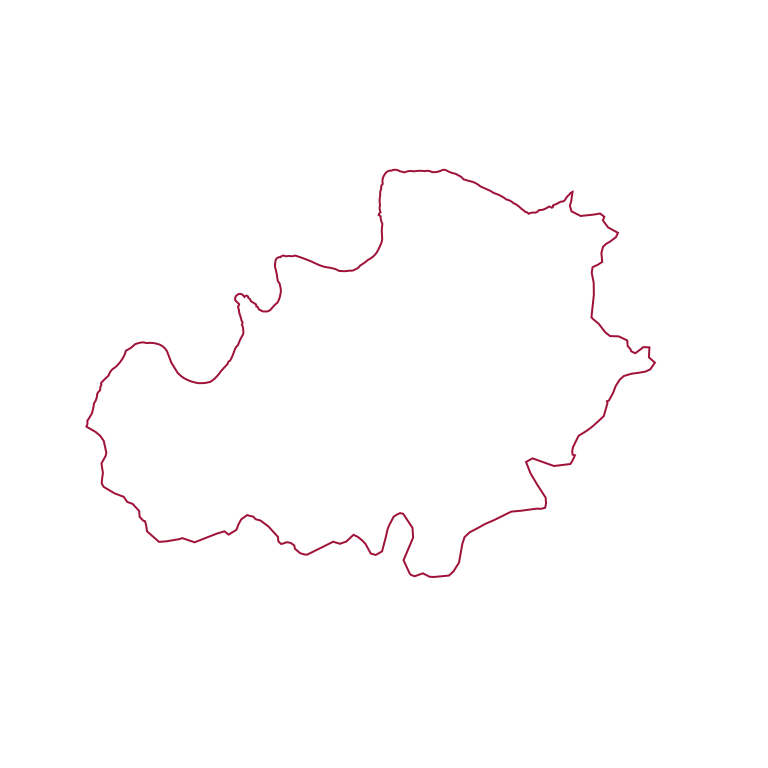 outline of Aga, Ad Daqahliyah, Egypt, rotated 47°
{"feature_id": "37247803B31879405836913", "entity_name": "Aga", "entity_type": "district", "adm_level": 2, "iso_a3": "EGY", "parent_name": "Egypt", "parent_adm1": "Ad Daqahliyah", "projection": "orthographic", "projection_center": [31.261, 30.895], "detail": "fine", "context": "isolated", "style": "outline", "palette": "rose", "viewbox_px": 768, "rotation_deg": 47, "n_neighbors": 0, "source": "geoboundaries", "source_scale": "gbopen_adm2", "svg_char_len": 6165}
<svg xmlns="http://www.w3.org/2000/svg" viewBox="0 0 768 768"><g transform="rotate(47 384 384)"><path d="M566.4,293.0L564.3,294.2L561.7,292.4L559.1,288.9L554.7,277.3L554.7,276.4L556.5,267.5L557.3,259.5L557.4,245.2L550.4,233.6L548.6,232.7L549.5,230.9L546.9,222.9L543.4,215.7L541.6,208.6L541.7,203.2L545.2,196.1L549.6,189.9L553.1,184.6L554.9,179.3L553.1,171.3L545.2,172.1L538.2,164.9L533.8,169.3L533.8,171.1L532.9,179.1L531.2,180.0L528.5,180.9L526.8,180.0L522.4,179.9L518.0,176.4L509.2,179.9L503.1,186.0L496.9,186.9L486.4,185.9L479.4,186.8L476.7,186.8L461.9,169.7L453.1,161.7L444.3,156.2L440.8,151.8L442.6,146.4L443.5,141.1L436.5,135.7L433.0,130.3L433.0,125.9L433.9,122.3L434.8,114.3L433.0,109.8L422.5,113.3L413.7,112.4L411.9,108.8L406.7,109.7L403.2,115.0L395.2,125.6L385.6,129.1L380.3,126.4L377.7,121.9L377.3,121.6L372.1,115.1L371.7,116.4L371.6,117.4L371.7,118.5L371.9,119.5L371.8,121.9L372.1,123.6L372.8,125.9L372.9,127.3L372.5,128.6L371.6,129.8L371.0,131.1L370.6,132.6L370.2,134.4L369.3,136.7L368.7,138.7L369.3,139.0L369.6,139.4L369.7,140.1L369.7,140.6L369.3,141.2L368.0,141.5L366.8,142.3L366.1,145.6L365.0,148.8L362.5,152.2L362.7,154.0L362.5,155.0L362.1,155.9L361.7,156.7L360.5,157.8L359.4,159.1L358.7,160.5L358.2,162.1L357.1,162.1L356.3,162.3L355.3,162.7L354.6,163.3L352.1,163.5L349.5,164.0L346.6,164.2L343.4,164.7L339.9,166.0L338.2,166.2L336.2,166.7L334.2,167.6L332.4,168.7L329.2,169.3L326.0,170.3L322.9,171.5L319.3,173.4L314.5,174.8L305.3,178.7L301.8,179.3L298.8,180.3L296.5,181.4L292.4,184.0L288.4,186.3L286.5,186.2L284.8,186.4L283.1,186.9L281.5,187.7L280.6,187.7L279.9,187.9L274.9,190.9L272.2,192.1L269.7,192.9L268.5,193.7L267.4,195.1L266.7,197.3L265.7,199.4L264.8,200.9L263.7,202.4L262.0,204.2L259.9,205.1L258.2,206.3L257.1,207.5L256.1,209.1L254.2,210.7L252.2,212.7L250.4,214.9L248.9,217.1L246.9,218.7L245.2,220.7L244.1,222.5L243.1,224.8L240.9,226.1L239.1,227.4L237.9,227.7L236.6,228.4L235.3,229.3L234.6,230.1L233.7,231.4L233.1,233.0L232.0,234.1L231.3,235.4L230.8,237.0L230.8,238.4L230.9,239.4L231.7,242.4L232.3,243.7L233.0,244.9L233.9,246.1L234.9,247.1L236.8,248.5L237.0,250.2L237.7,251.5L238.6,252.4L239.4,252.9L240.1,254.5L241.0,255.8L242.1,257.0L243.2,257.8L244.4,259.4L246.1,261.4L248.6,263.6L250.7,265.1L251.8,266.7L253.0,267.8L254.4,268.7L256.0,269.4L256.0,270.3L256.1,271.2L256.7,272.6L259.1,272.1L260.3,273.2L262.0,274.4L263.9,275.3L265.7,275.9L268.1,278.7L270.8,281.5L276.7,286.4L277.9,287.9L278.7,289.1L280.5,293.0L282.0,296.9L283.0,300.2L283.3,302.4L283.4,304.4L283.2,307.0L282.9,308.9L282.3,311.1L282.2,313.6L281.9,316.3L281.1,320.7L281.4,322.9L281.4,324.1L281.1,325.3L280.6,326.7L280.2,328.4L279.4,330.0L278.7,330.8L277.8,331.6L276.2,333.9L274.6,335.9L272.8,337.7L270.7,339.7L267.4,340.9L264.9,342.3L262.6,343.9L258.2,347.3L254.8,349.3L251.9,350.7L244.6,353.7L239.9,355.9L234.1,358.8L229.3,361.5L228.8,362.8L228.2,363.7L227.2,364.8L225.8,365.8L223.6,368.8L222.3,369.3L221.2,370.4L220.9,371.0L220.6,371.8L220.7,373.2L219.9,373.9L219.5,374.7L219.1,375.7L219.0,376.6L219.1,377.7L219.6,378.9L221.2,381.0L223.3,383.2L224.2,383.9L230.1,387.2L235.5,391.0L236.8,391.6L238.2,391.6L239.7,392.0L241.0,392.9L243.4,394.2L245.1,395.5L247.0,397.5L249.4,401.0L250.6,403.2L251.5,405.5L251.8,406.3L251.7,410.2L251.9,412.9L252.3,416.2L252.2,417.6L251.7,419.0L251.1,420.2L248.5,422.9L247.3,423.6L246.5,423.8L245.6,423.9L244.9,424.4L244.2,424.6L243.4,424.5L242.4,424.0L241.8,423.9L240.9,424.1L240.3,424.5L238.6,423.3L232.6,424.9L231.7,424.4L230.9,424.2L229.7,424.2L228.4,424.5L227.9,424.1L227.4,423.8L226.3,423.9L225.6,424.3L225.1,425.1L225.0,425.8L225.2,426.6L222.0,426.6L221.0,427.0L219.8,427.9L219.2,428.9L218.9,429.7L218.7,431.1L218.7,432.0L218.9,432.9L219.5,434.0L220.0,434.7L221.0,435.4L221.4,435.7L226.8,435.5L227.5,436.6L227.9,438.1L230.7,439.5L233.3,441.4L236.7,442.9L240.6,445.0L241.4,445.1L242.3,445.4L243.2,446.2L243.5,446.8L243.7,447.5L245.7,448.2L247.1,449.0L248.8,450.4L250.2,451.4L251.3,452.8L251.6,453.3L252.7,456.8L253.8,459.7L255.9,464.2L256.1,466.7L256.7,468.9L259.8,475.0L261.0,477.9L262.0,480.7L261.7,481.4L261.6,482.4L262.0,483.5L262.6,484.4L263.4,494.6L264.0,497.2L264.4,500.4L264.6,504.4L264.2,508.4L264.0,509.5L261.8,513.3L259.8,515.9L257.1,518.9L254.3,521.0L251.4,522.8L248.3,524.4L245.1,525.7L242.9,526.4L240.3,526.9L235.6,527.4L223.4,525.0L211.9,520.3L208.6,519.9L205.4,520.2L202.9,520.9L200.9,521.9L198.5,523.4L196.2,525.2L194.2,527.2L192.3,529.6L189.5,531.5L187.5,534.1L185.9,537.1L185.1,539.1L185.1,541.7L184.9,544.7L184.3,547.5L183.6,550.0L185.3,553.0L186.4,555.7L187.3,558.6L188.0,561.8L188.3,564.4L188.5,567.7L188.5,569.4L188.0,572.0L188.1,573.9L188.3,575.4L188.7,576.8L189.2,578.1L190.0,579.6L190.0,584.7L190.2,589.8L190.5,590.3L190.9,590.8L191.9,591.3L192.4,592.6L193.0,593.7L193.8,594.7L194.9,595.8L195.0,598.2L195.3,599.5L195.7,600.6L197.2,602.2L198.7,604.5L199.8,606.9L200.4,609.5L202.2,611.5L203.7,613.6L205.1,615.7L206.5,618.2L207.8,622.8L208.7,626.3L209.8,627.0L210.8,628.0L211.6,629.2L212.2,630.7L222.5,627.6L228.4,626.9L234.6,627.8L245.1,634.1L246.8,636.8L249.4,644.8L257.3,650.2L261.7,655.6L264.3,658.3L267.9,659.2L280.1,655.7L289.0,651.3L295.1,652.2L300.3,649.6L310.0,649.7L314.4,653.3L319.6,653.3L321.4,652.4L324.9,654.2L330.2,657.8L346.0,656.2L350.4,650.8L357.4,640.2L359.2,636.6L370.6,630.5L379.4,608.3L382.9,601.2L388.2,600.3L390.0,591.4L387.4,586.1L385.6,580.7L386.5,573.6L391.8,570.1L395.3,570.1L399.7,567.4L409.3,565.7L423.4,565.8L426.9,568.5L430.4,568.5L431.3,567.7L433.5,562.9L436.6,560.6L440.9,559.7L443.6,561.5L450.6,560.7L455.0,558.0L456.4,556.6L464.7,528.7L470.8,525.2L473.5,519.0L473.5,509.2L477.9,507.4L484.0,506.6L488.4,506.6L499.0,509.3L503.4,506.6L505.1,499.6L497.2,487.1L492.9,480.8L491.1,477.2L487.6,467.4L488.5,463.0L489.4,460.3L492.0,458.5L508.7,461.3L516.2,467.5L526.2,489.9L540.2,494.5L542.0,494.5L545.5,492.7L549.0,484.7L556.1,482.1L559.6,478.6L568.4,467.1L568.4,460.8L565.8,451.0L554.4,435.8L550.9,429.5L550.9,422.4L553.6,412.6L555.3,405.5L558.8,395.7L564.1,378.0L570.3,370.0L579.1,357.6L582.6,354.0L584.4,350.5L581.8,346.9L577.4,343.3L561.6,340.5L549.3,337.8L537.9,333.3L539.7,326.1L559.9,315.6L569.6,302.3L568.7,298.7L566.4,293.0Z" fill="none" stroke="#9f1239" stroke-width="2"/></g></svg>